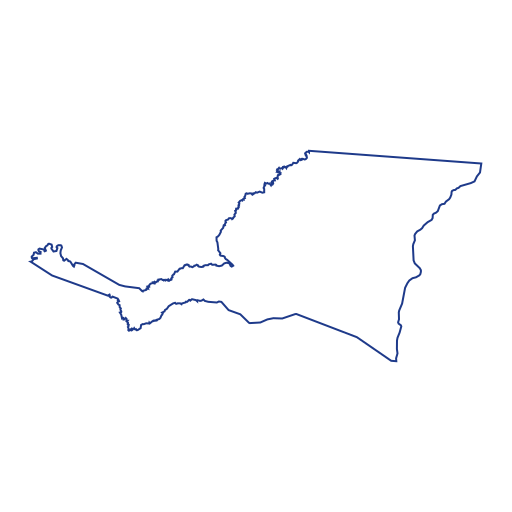 Peixoto de Azevedo, Mato Grosso, Brazil (Mercator projection)
{"feature_id": "56859067B15888729029832", "entity_name": "Peixoto de Azevedo", "entity_type": "district", "adm_level": 2, "iso_a3": "BRA", "parent_name": "Brazil", "parent_adm1": "Mato Grosso", "projection": "mercator", "projection_center": [-54.046, -10.194], "detail": "fine", "context": "isolated", "style": "outline", "palette": "blue", "viewbox_px": 512, "rotation_deg": 0, "n_neighbors": 0, "source": "geoboundaries", "source_scale": "gbopen_adm2", "svg_char_len": 6067}
<svg xmlns="http://www.w3.org/2000/svg" viewBox="0 0 512 512"><path d="M309.0,150.8L309.0,152.2L308.5,151.7L306.7,151.8L305.1,153.3L305.6,154.9L306.0,154.5L306.6,155.7L306.9,157.8L306.0,158.9L304.8,159.5L302.7,158.8L302.1,159.0L301.8,159.8L301.1,160.0L301.1,159.2L300.1,159.7L299.7,159.1L298.1,160.6L298.2,161.4L296.9,162.9L296.2,163.2L293.3,162.8L292.1,164.7L291.0,165.3L290.5,164.9L287.1,166.4L287.2,166.9L286.5,167.1L286.3,168.0L285.5,167.0L284.2,167.3L284.0,166.6L283.1,166.9L283.3,167.5L282.6,168.6L282.2,168.0L280.2,168.7L279.7,168.3L279.1,168.5L278.9,168.0L277.9,169.2L277.2,169.3L277.0,169.8L277.7,170.0L277.0,171.7L279.6,171.4L279.5,172.1L278.9,172.5L280.5,173.1L280.2,173.6L280.4,174.2L278.7,175.1L278.2,174.8L277.8,175.4L277.5,177.6L277.9,178.2L277.6,178.8L276.4,177.9L274.7,178.5L274.2,178.8L274.8,180.4L273.6,180.5L272.1,181.3L271.7,182.1L273.0,182.3L273.2,183.5L272.8,184.1L272.5,183.5L271.9,183.5L271.0,185.4L269.6,183.5L268.4,183.7L267.4,183.0L266.2,183.6L264.9,182.9L264.4,184.3L265.0,185.5L264.3,185.8L264.2,186.8L263.6,187.6L263.2,187.3L264.2,188.9L264.2,192.3L262.4,192.7L259.7,191.6L257.0,192.7L255.8,192.2L254.7,193.2L253.4,193.3L253.5,194.0L252.4,194.7L251.2,193.4L249.7,193.3L247.5,193.8L246.7,193.3L245.7,193.7L245.2,195.9L244.4,197.0L244.9,198.1L243.5,198.8L243.6,199.4L243.1,199.2L242.4,200.5L241.8,200.1L240.1,200.9L238.7,202.6L239.3,203.2L239.3,204.0L238.7,204.8L239.0,205.6L238.5,205.8L238.7,207.3L238.2,207.5L238.1,208.5L237.0,208.5L236.7,209.1L236.1,208.9L235.9,210.7L235.2,210.9L235.8,212.9L234.4,214.6L234.7,216.3L233.2,217.7L233.1,218.4L232.1,219.1L231.8,218.5L230.2,218.1L228.9,218.3L228.1,219.5L226.0,220.2L225.4,221.0L226.0,222.5L225.3,223.0L224.9,224.4L224.2,224.9L224.7,225.4L223.5,226.0L223.2,227.8L220.7,230.6L220.9,231.8L219.3,234.9L217.9,236.5L216.5,237.3L216.6,240.8L217.4,242.3L218.3,249.1L218.1,250.2L220.4,253.2L219.8,254.7L220.5,255.6L223.6,256.1L224.7,256.8L225.0,258.0L225.8,259.1L227.1,259.8L232.5,264.7L233.2,265.7L231.7,266.6L230.6,265.9L229.4,263.3L226.6,262.7L224.2,263.4L221.8,265.6L219.1,266.2L216.3,265.6L216.2,264.9L215.7,264.6L212.2,264.8L211.1,263.7L208.7,264.4L208.0,265.2L205.3,265.2L203.5,265.8L203.5,266.5L203.0,266.8L201.2,267.0L198.9,266.6L198.2,266.2L198.1,265.4L196.7,264.7L195.2,265.7L194.3,265.7L193.8,266.4L192.3,267.2L190.9,266.5L189.5,266.6L188.6,265.6L188.7,265.1L187.6,264.5L187.0,264.8L186.3,264.5L185.2,265.3L184.6,265.2L182.8,268.2L181.2,268.2L180.1,268.8L179.6,268.7L177.4,271.6L175.2,271.6L174.0,274.3L173.5,274.4L172.3,275.7L172.5,277.3L171.7,277.6L171.5,279.6L170.9,279.9L170.4,279.5L169.2,280.8L168.6,280.8L168.2,279.7L167.7,280.3L167.1,279.7L165.5,280.5L165.0,279.8L163.8,280.4L163.5,279.9L162.6,280.0L161.4,279.1L158.4,279.6L158.5,280.2L157.9,280.4L158.1,280.8L157.8,281.4L157.3,281.3L155.6,282.5L154.9,282.0L154.6,283.5L153.8,283.3L153.7,282.2L153.0,282.3L153.3,282.9L150.8,283.6L150.0,284.2L149.2,285.3L149.2,286.4L148.7,286.1L147.4,286.5L147.8,287.1L148.4,286.8L147.9,287.7L148.1,288.5L147.5,288.2L147.0,289.0L146.5,288.7L146.0,290.0L143.0,290.8L142.8,291.4L142.1,291.1L139.2,288.2L125.1,286.4L119.3,284.9L83.0,264.0L75.7,262.7L74.1,264.6L74.4,265.3L73.9,266.6L73.0,265.9L70.6,262.0L69.9,261.3L68.4,261.1L68.3,260.5L66.5,258.9L64.1,260.7L63.3,260.3L63.0,258.3L61.1,256.1L60.4,253.2L60.7,250.5L62.0,247.4L61.3,245.5L60.5,245.2L58.4,245.2L57.5,245.7L56.7,246.4L56.6,247.3L57.4,248.1L56.4,251.0L53.5,251.5L51.4,248.6L51.4,247.9L52.2,247.0L51.6,244.6L49.0,243.7L48.2,244.0L47.4,245.4L46.1,246.1L44.8,247.9L45.9,250.7L45.3,251.0L44.7,251.3L44.4,251.0L44.3,249.6L39.5,248.6L38.4,249.4L38.4,250.2L39.0,251.4L40.6,251.9L40.5,253.7L37.9,253.7L35.9,252.2L34.0,252.7L33.6,254.8L31.7,256.6L31.8,257.8L32.1,258.3L36.8,257.8L36.9,258.5L33.7,259.2L31.8,261.5L30.7,261.7L52.1,275.5L107.7,295.6L109.5,294.6L109.8,295.3L109.4,296.4L110.6,297.5L111.5,297.6L112.5,296.6L117.7,298.6L118.1,299.3L117.9,300.0L118.6,300.1L119.1,301.3L117.9,301.8L117.2,302.8L118.5,304.6L119.6,305.1L119.7,307.2L120.8,308.4L120.4,309.1L120.5,309.8L121.3,311.4L121.2,312.1L119.9,312.5L121.2,314.6L122.0,318.2L122.6,317.7L123.1,317.8L123.4,319.5L124.1,319.5L124.8,318.5L125.5,318.6L125.8,318.1L126.6,319.0L126.4,320.8L127.4,320.8L126.8,321.5L128.0,322.7L128.1,323.3L127.6,324.0L127.9,324.7L128.7,324.9L128.4,326.5L127.9,327.0L128.6,328.6L128.3,330.1L128.9,330.7L130.0,330.3L130.5,329.5L131.6,330.4L132.2,330.0L131.7,329.2L131.9,328.6L133.1,329.0L133.8,328.9L134.2,328.2L134.9,329.3L135.5,329.5L136.0,329.2L136.7,330.2L137.6,330.1L140.6,328.2L141.1,325.0L142.6,324.1L143.7,324.2L146.2,323.3L149.1,323.5L149.3,322.7L149.8,323.4L152.6,321.1L153.2,321.1L153.5,320.6L154.6,320.8L155.0,320.4L155.9,320.7L156.8,320.4L156.7,319.8L159.3,319.0L160.4,317.9L161.5,315.3L162.2,314.7L162.8,313.2L162.1,312.6L164.5,311.4L165.0,310.0L166.9,308.8L168.7,306.2L173.1,303.4L175.1,302.8L175.9,303.7L176.7,303.8L177.6,303.3L180.1,303.3L181.5,304.2L181.8,303.5L185.6,302.4L185.9,301.7L187.2,301.8L189.1,299.9L189.7,299.9L190.3,300.6L192.0,299.2L195.9,300.1L196.9,301.0L196.8,300.4L197.4,300.2L200.1,300.9L201.6,300.6L203.4,299.5L204.8,300.9L208.2,301.8L216.8,302.5L218.9,301.5L221.4,301.9L228.6,310.1L240.3,314.3L249.0,322.8L249.8,323.1L260.3,322.5L267.4,319.4L273.4,318.2L282.2,318.5L295.2,314.1L296.3,314.0L356.9,337.2L391.2,360.8L396.3,361.2L396.1,358.3L397.5,353.4L396.9,349.0L397.0,340.5L397.5,337.8L399.6,332.6L401.3,326.4L400.9,325.3L398.6,323.6L398.1,322.3L399.0,319.3L398.8,312.4L399.2,310.5L402.1,303.6L405.1,287.8L407.4,283.2L409.3,280.5L412.5,278.2L416.0,277.3L419.3,275.4L420.3,274.2L420.9,271.8L420.9,270.2L419.8,268.2L414.8,263.4L413.6,260.4L412.9,246.2L413.3,244.1L414.9,240.3L414.5,235.5L415.1,234.0L417.2,231.4L420.3,229.7L422.1,228.2L423.7,225.6L427.6,222.2L431.6,219.9L432.6,218.1L432.8,214.8L433.9,213.6L436.0,212.7L437.8,211.1L439.9,205.5L441.9,204.2L444.5,203.8L445.9,201.6L449.1,199.2L450.2,197.6L451.4,194.6L451.6,191.9L452.1,190.9L453.6,190.1L455.3,189.9L457.0,188.3L458.5,187.9L460.4,186.1L470.8,183.1L474.5,181.4L476.9,176.4L480.0,172.5L481.3,163.5L309.0,150.8Z" fill="none" stroke="#1e3a8a" stroke-width="2"/></svg>